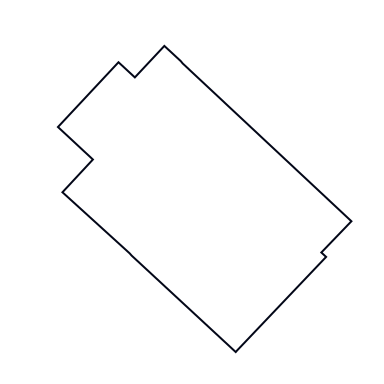 the district of Coshocton, Ohio, United States of America, rotated 221°
{"feature_id": "52423323B75653296475511", "entity_name": "Coshocton", "entity_type": "district", "adm_level": 2, "iso_a3": "USA", "parent_name": "United States of America", "parent_adm1": "Ohio", "projection": "robinson", "projection_center": [-81.897, 40.304], "detail": "fine", "context": "isolated", "style": "outline", "palette": "ink", "viewbox_px": 384, "rotation_deg": 221, "n_neighbors": 0, "source": "geoboundaries", "source_scale": "gbopen_adm2", "svg_char_len": 350}
<svg xmlns="http://www.w3.org/2000/svg" viewBox="0 0 384 384"><g transform="rotate(221 192 192)"><path d="M54.0,99.9L54.0,102.1L48.2,231.0L54.7,231.2L52.5,274.5L283.4,282.9L286.2,283.4L308.7,284.1L310.3,241.0L332.6,241.7L335.8,153.1L288.1,151.5L289.6,106.8L198.8,104.8L195.8,104.4L54.0,99.9Z" fill="none" stroke="#020617" stroke-width="2"/></g></svg>